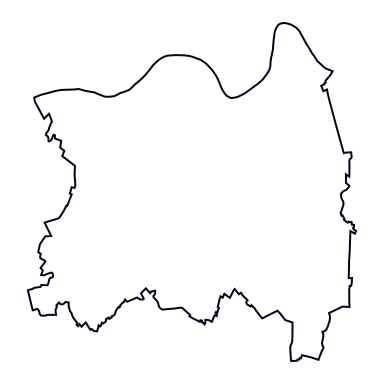 the district of Thuan Thanh, Bắc Ninh, Vietnam
{"feature_id": "81297802B75512670100174", "entity_name": "Thuan Thanh", "entity_type": "district", "adm_level": 2, "iso_a3": "VNM", "parent_name": "Vietnam", "parent_adm1": "Bắc Ninh", "projection": "equal_earth", "projection_center": [106.073, 21.039], "detail": "fine", "context": "isolated", "style": "outline", "palette": "ink", "viewbox_px": 384, "rotation_deg": 0, "n_neighbors": 0, "source": "geoboundaries", "source_scale": "gbopen_adm2", "svg_char_len": 5843}
<svg xmlns="http://www.w3.org/2000/svg" viewBox="0 0 384 384"><path d="M342.5,306.6L349.5,307.0L349.3,303.0L349.2,289.8L349.4,288.0L349.7,285.9L350.8,286.1L351.5,284.5L351.8,282.8L352.0,278.0L348.7,278.2L349.1,264.0L349.0,262.4L349.4,256.3L349.8,248.5L350.4,231.1L354.9,233.7L356.1,230.8L354.6,230.0L353.6,229.2L353.1,228.1L353.2,227.6L354.0,227.2L354.0,224.9L352.0,224.7L351.6,222.1L351.5,221.9L351.1,221.9L350.5,222.3L349.7,222.2L348.6,221.5L347.7,222.7L344.0,219.9L344.5,218.9L342.8,215.8L342.5,215.7L342.0,216.0L341.1,214.8L341.5,214.1L340.5,213.1L341.6,210.4L342.7,207.0L343.2,205.7L343.5,203.8L343.3,201.6L343.0,201.0L342.5,200.3L341.8,199.1L341.4,198.0L340.9,195.3L341.0,194.0L341.4,193.2L342.7,191.8L343.7,191.0L346.2,189.9L348.4,187.5L349.0,186.5L349.3,185.8L349.0,185.5L346.2,183.2L346.0,182.8L345.9,180.9L346.0,180.1L345.9,174.3L349.3,176.7L349.5,165.0L349.3,160.7L349.6,159.8L349.9,159.3L351.2,158.0L351.6,157.4L351.6,156.8L351.2,152.3L349.9,152.3L345.5,152.7L343.8,153.2L336.3,126.2L330.1,103.0L329.6,101.3L327.9,94.2L327.0,89.5L323.3,91.2L322.1,87.7L321.2,85.8L324.3,84.3L324.3,83.2L325.2,82.9L325.6,82.7L325.7,82.4L325.5,81.0L326.2,79.9L327.9,78.0L330.6,74.8L332.6,71.2L326.5,68.8L325.1,68.1L323.8,67.0L317.2,60.9L315.1,57.6L314.4,56.3L312.1,53.4L309.8,49.3L305.5,42.3L299.7,31.6L298.7,30.2L296.2,27.7L294.3,26.5L291.2,24.7L287.7,23.6L286.0,23.2L284.4,23.0L282.0,23.3L280.1,23.8L279.3,24.2L278.3,25.0L277.5,26.0L276.1,28.4L275.1,30.7L274.5,33.5L273.6,40.5L272.9,49.5L271.8,55.0L271.1,57.8L270.5,62.4L270.4,65.8L269.9,67.9L269.4,69.7L267.5,73.1L262.7,79.6L257.1,84.5L256.4,84.9L244.7,93.4L240.6,95.5L237.7,96.9L234.0,97.8L231.4,98.0L230.1,97.7L229.4,97.3L227.9,96.5L226.9,95.9L226.3,95.3L225.4,94.4L222.5,90.1L221.5,88.0L217.8,79.0L215.9,75.4L214.3,73.0L212.1,70.0L207.8,65.3L205.9,63.4L201.2,60.1L194.7,57.6L192.1,56.7L189.7,56.1L185.8,55.5L181.4,55.2L174.4,55.1L167.1,55.7L163.8,56.9L159.4,59.4L154.9,63.4L152.5,65.9L150.7,68.5L146.5,73.6L144.8,75.6L139.0,81.2L134.7,84.6L131.6,87.8L129.0,90.0L128.4,90.3L126.3,91.0L123.1,92.3L121.8,92.6L120.6,92.8L116.5,95.2L114.3,96.1L111.4,96.6L107.5,96.8L105.3,96.7L103.4,96.1L97.2,93.7L95.5,92.8L93.8,92.3L87.7,91.3L84.5,90.6L78.6,89.0L73.7,89.5L61.9,89.9L56.6,90.7L48.5,92.9L40.6,94.9L34.2,97.6L35.0,102.0L38.9,109.0L43.1,117.0L44.1,118.8L48.9,113.8L51.5,120.0L51.9,121.8L50.6,124.0L49.2,127.8L48.8,129.7L48.6,130.2L46.7,132.6L46.3,133.4L45.9,134.9L47.5,136.3L48.1,137.1L48.4,138.3L48.5,141.1L48.8,141.3L49.5,141.3L50.9,140.5L51.3,139.9L51.9,138.9L52.4,137.4L53.0,135.9L53.5,135.1L53.9,134.7L54.6,134.9L54.9,135.3L54.9,137.7L55.0,138.5L61.2,140.8L60.2,147.3L60.3,147.7L60.6,148.0L64.2,150.7L64.2,151.1L62.3,156.1L75.0,165.9L74.6,173.3L74.7,176.0L75.2,182.9L75.4,185.0L74.5,188.0L71.7,187.2L69.9,193.6L71.7,194.4L67.2,205.9L66.5,205.5L63.5,211.3L59.5,217.5L58.3,218.4L57.1,218.8L44.6,222.6L51.2,236.0L45.3,236.4L40.2,243.8L39.8,244.9L38.3,251.6L38.3,252.1L38.4,252.4L40.8,253.8L40.1,257.2L40.2,257.9L40.4,258.2L45.1,260.9L45.4,261.2L45.4,261.5L40.6,268.0L42.8,270.5L41.1,275.0L43.4,275.3L44.4,275.1L46.2,274.4L46.7,274.0L50.7,272.8L51.6,272.6L52.2,272.9L52.7,273.7L52.9,274.3L53.1,276.2L52.8,277.0L52.4,277.4L51.0,277.6L49.8,278.3L49.3,279.4L49.0,280.4L48.4,283.1L47.8,284.4L47.6,285.0L46.9,285.3L41.6,284.9L41.3,285.0L41.1,286.0L40.3,287.0L37.7,287.3L34.1,287.9L32.5,289.0L29.5,289.7L27.9,290.3L32.7,310.3L37.3,308.9L38.5,310.0L38.9,311.2L39.4,312.1L39.5,313.6L40.9,315.5L44.3,315.7L45.8,315.5L47.6,314.9L56.0,314.9L55.5,310.0L56.3,308.3L57.0,306.1L56.3,305.6L56.4,305.3L58.9,302.5L60.1,303.9L61.4,304.3L62.7,304.3L63.8,303.7L64.9,302.6L65.6,302.1L66.7,302.1L67.8,302.4L68.7,302.5L68.7,305.7L68.8,306.8L70.0,311.1L71.7,313.4L71.9,314.5L72.3,315.7L72.9,316.9L73.8,318.5L77.4,323.1L76.5,324.5L77.7,326.0L78.1,326.3L79.6,324.1L81.5,326.7L85.8,322.5L90.3,329.8L91.7,329.0L93.8,331.0L94.3,331.1L97.2,331.3L98.7,325.4L100.1,326.5L100.7,326.0L101.8,322.8L102.8,323.7L105.9,321.4L105.9,319.3L106.4,319.0L106.4,318.9L108.7,317.6L109.2,318.8L111.7,317.6L111.5,316.4L114.7,314.8L115.9,310.8L118.4,307.1L119.2,307.5L120.2,306.5L119.9,305.7L123.1,302.3L123.7,302.3L125.1,299.6L125.6,300.5L127.4,301.7L137.1,297.5L138.4,298.5L139.9,299.3L141.0,299.5L142.4,299.5L143.4,299.3L143.7,298.8L143.7,298.5L141.0,293.3L145.8,288.4L150.2,293.2L150.4,293.1L150.6,292.0L150.8,291.7L151.6,291.6L155.1,290.7L155.2,292.9L155.0,293.8L154.5,294.8L153.5,295.8L153.4,296.1L153.5,296.8L153.6,297.3L154.1,298.0L156.5,300.3L157.7,302.1L158.2,303.6L159.0,306.5L159.4,307.3L161.4,309.1L162.7,309.6L169.7,308.9L173.9,308.6L178.7,307.9L182.0,307.7L190.2,315.1L189.5,316.4L193.3,318.6L196.9,320.3L199.3,321.7L199.9,321.9L200.3,320.3L201.9,320.5L202.1,322.1L204.4,324.2L204.7,323.3L205.2,323.4L205.5,319.9L207.4,319.9L209.1,320.3L211.8,321.8L214.6,315.3L216.7,316.0L216.9,314.3L215.5,312.9L216.1,311.8L217.5,312.3L218.9,308.0L217.7,307.1L219.6,299.3L220.4,297.1L220.5,296.4L222.7,297.6L224.4,293.8L229.7,297.9L231.8,294.1L234.0,289.7L234.7,289.0L238.9,294.2L241.0,292.8L242.7,295.5L245.7,298.3L247.6,300.3L246.2,302.3L246.4,303.1L247.1,304.4L250.7,306.5L251.5,305.2L254.8,308.6L256.0,310.5L259.8,315.5L262.3,318.4L267.8,315.5L277.5,310.7L280.1,313.4L284.8,319.5L285.6,320.3L286.6,320.5L292.5,322.5L292.5,329.7L292.4,336.8L292.2,341.1L292.3,341.2L292.0,342.5L290.7,345.2L290.4,346.5L290.3,348.5L290.4,351.3L290.7,356.4L291.1,360.9L293.0,361.0L297.2,360.7L297.5,359.6L299.3,359.5L299.7,358.1L300.9,358.3L301.5,356.9L302.0,355.2L310.1,357.1L318.6,359.8L319.1,358.0L320.6,354.1L322.0,350.6L323.2,348.6L323.4,348.0L323.3,347.1L322.3,344.9L322.1,343.4L322.1,342.0L322.7,339.9L323.4,336.0L323.3,334.7L322.4,331.8L324.0,331.4L324.9,330.9L325.8,330.1L326.5,329.2L327.1,328.1L327.6,327.0L328.2,325.2L328.6,323.8L329.3,321.9L329.7,320.2L329.9,318.9L330.0,316.7L329.1,313.0L342.5,306.6Z" fill="none" stroke="#020617" stroke-width="2"/></svg>